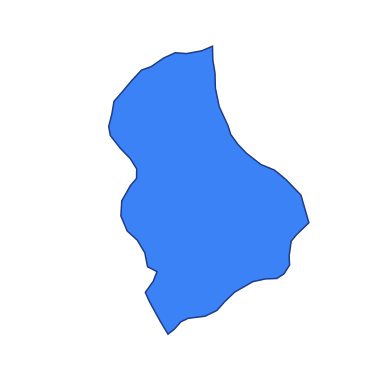 outline of Tumpat, Kelantan, Malaysia, rotated 46°
{"feature_id": "92858781B54418175160244", "entity_name": "Tumpat", "entity_type": "district", "adm_level": 2, "iso_a3": "MYS", "parent_name": "Malaysia", "parent_adm1": "Kelantan", "projection": "albers", "projection_center": [102.164, 6.167], "detail": "fine", "context": "isolated", "style": "filled", "palette": "blue", "viewbox_px": 384, "rotation_deg": 46, "n_neighbors": 0, "source": "geoboundaries", "source_scale": "gbopen_adm2", "svg_char_len": 884}
<svg xmlns="http://www.w3.org/2000/svg" viewBox="0 0 384 384"><g transform="rotate(46 192 192)"><path d="M295.3,129.3L269.9,115.8L247.9,115.8L233.5,117.5L219.9,123.4L202.2,125.9L189.5,125.9L177.6,124.2L169.1,120.0L149.6,113.2L133.6,103.1L122.5,92.9L111.5,85.3L101.4,76.0L97.1,87.0L88.7,99.7L80.2,107.3L76.0,119.1L73.4,134.4L69.2,143.7L70.0,158.1L71.7,174.2L72.6,185.2L80.2,195.4L87.0,206.4L91.6,209.5L94.6,211.5L110.7,213.2L125.1,213.2L136.9,215.7L143.7,222.5L144.6,231.8L149.6,248.7L159.8,259.8L175.1,265.7L188.6,264.8L203.0,268.2L214.9,275.9L225.0,272.5L229.3,281.8L231.8,295.3L241.1,298.7L263.2,304.7L277.6,308.0L277.7,306.9L278.4,299.6L277.6,290.3L280.1,282.6L290.3,269.1L294.5,256.4L293.6,244.5L293.6,231.0L298.7,210.6L305.5,199.6L313.1,191.1L314.8,182.7L312.3,172.5L305.5,166.6L296.2,154.7L295.3,146.3L295.3,129.3Z" fill="#3b82f6" stroke="#1e3a8a" stroke-width="1.5"/></g></svg>